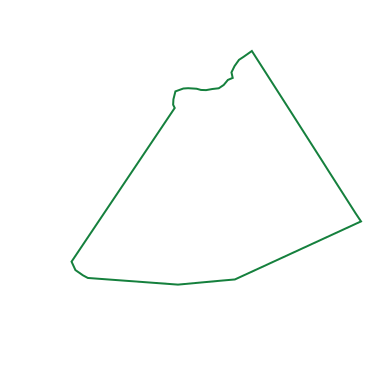 Riachuelo, Rio Grande do Norte, Brazil, rotated 64°
{"feature_id": "56859067B3974475260071", "entity_name": "Riachuelo", "entity_type": "district", "adm_level": 2, "iso_a3": "BRA", "parent_name": "Brazil", "parent_adm1": "Rio Grande do Norte", "projection": "robinson", "projection_center": [-35.891, -5.815], "detail": "fine", "context": "isolated", "style": "outline", "palette": "green", "viewbox_px": 384, "rotation_deg": 64, "n_neighbors": 0, "source": "geoboundaries", "source_scale": "gbopen_adm2", "svg_char_len": 542}
<svg xmlns="http://www.w3.org/2000/svg" viewBox="0 0 384 384"><g transform="rotate(64 192 192)"><path d="M91.5,76.4L93.1,86.3L93.8,91.8L97.5,98.6L101.8,104.1L107.3,105.4L107.0,110.6L109.7,116.6L110.5,122.5L108.4,128.4L106.6,134.7L104.2,139.2L101.2,142.6L99.1,146.3L97.0,150.0L95.2,154.4L94.3,162.8L100.6,168.1L105.3,170.7L108.9,170.7L201.8,330.8L211.1,331.0L219.0,326.6L223.6,323.3L269.1,245.2L284.4,204.8L289.4,191.8L292.5,53.0L282.9,54.3L232.6,60.1L225.3,60.9L161.7,68.2L91.5,76.4Z" fill="none" stroke="#15803d" stroke-width="2"/></g></svg>